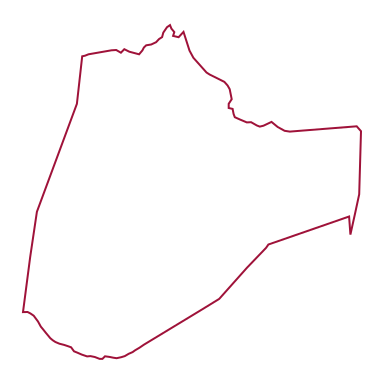 outline of Cuité, Paraíba, Brazil
{"feature_id": "56859067B4229147506031", "entity_name": "Cuité", "entity_type": "district", "adm_level": 2, "iso_a3": "BRA", "parent_name": "Brazil", "parent_adm1": "Paraíba", "projection": "equal_earth", "projection_center": [-36.09, -6.543], "detail": "fine", "context": "isolated", "style": "outline", "palette": "rose", "viewbox_px": 384, "rotation_deg": 0, "n_neighbors": 0, "source": "geoboundaries", "source_scale": "gbopen_adm2", "svg_char_len": 1239}
<svg xmlns="http://www.w3.org/2000/svg" viewBox="0 0 384 384"><path d="M82.2,56.3L76.9,103.8L36.9,211.8L30.2,256.9L23.0,312.1L27.6,312.0L30.5,313.5L33.7,315.7L35.7,318.4L38.0,321.5L40.8,326.6L43.2,329.5L45.9,332.9L50.3,338.2L52.8,340.3L55.4,342.0L59.4,343.7L64.1,344.9L68.0,346.2L71.1,347.3L74.0,351.3L77.2,352.6L81.8,354.6L87.1,356.4L90.4,356.1L94.8,357.0L99.7,358.9L102.4,358.9L105.0,356.3L109.4,356.9L113.3,357.7L116.6,358.2L121.2,357.2L124.8,356.1L128.7,353.8L132.6,352.1L135.1,350.3L139.5,347.7L143.9,344.7L199.5,311.0L219.2,298.9L247.0,267.7L266.1,247.8L268.4,244.5L349.1,216.5L350.4,234.6L355.1,213.3L359.2,194.3L361.0,131.2L356.7,126.3L289.8,131.6L284.6,130.8L277.7,127.0L271.5,121.9L263.5,125.7L259.8,126.6L256.9,125.5L251.1,122.2L246.8,122.4L239.7,119.4L234.8,117.2L233.6,114.0L232.6,108.9L228.7,108.0L228.7,103.8L231.7,99.2L229.7,89.2L227.6,85.5L224.4,81.9L209.6,74.5L206.5,72.5L193.4,57.8L189.5,50.6L186.3,40.6L183.5,31.9L178.6,37.2L173.1,35.9L174.3,32.1L171.4,28.6L170.0,25.1L167.0,27.2L163.3,32.6L162.1,37.1L159.0,39.1L156.1,42.2L151.2,44.5L146.2,45.3L143.9,47.5L142.4,50.4L139.1,54.3L129.3,51.7L124.3,49.2L120.9,52.7L116.2,50.0L111.5,50.3L88.5,54.3L85.0,55.7L82.2,56.3Z" fill="none" stroke="#9f1239" stroke-width="2"/></svg>